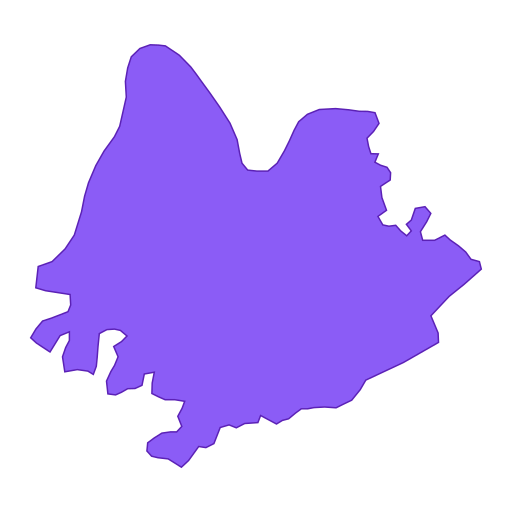 outline of Novo Machado, Rio Grande do Sul, Brazil
{"feature_id": "56859067B53654769142521", "entity_name": "Novo Machado", "entity_type": "district", "adm_level": 2, "iso_a3": "BRA", "parent_name": "Brazil", "parent_adm1": "Rio Grande do Sul", "projection": "albers", "projection_center": [-54.541, -27.542], "detail": "fine", "context": "isolated", "style": "filled", "palette": "violet", "viewbox_px": 512, "rotation_deg": 0, "n_neighbors": 0, "source": "geoboundaries", "source_scale": "gbopen_adm2", "svg_char_len": 2186}
<svg xmlns="http://www.w3.org/2000/svg" viewBox="0 0 512 512"><path d="M375.0,112.7L367.6,111.4L359.3,111.3L348.7,109.8L335.6,108.6L319.3,109.5L307.4,114.3L298.7,121.7L294.1,130.3L289.4,140.8L284.4,150.9L277.2,163.2L267.9,171.1L257.0,171.1L247.7,170.1L242.0,163.2L239.7,153.5L237.1,139.6L230.0,123.2L219.8,107.2L210.1,93.3L201.2,81.1L196.6,74.7L190.9,67.1L179.4,55.3L165.4,45.9L158.4,45.1L150.2,44.8L139.9,48.5L131.3,56.8L127.7,67.9L125.4,81.4L126.3,97.1L122.3,114.8L119.7,126.3L114.4,136.8L104.1,151.0L95.8,165.6L88.5,182.8L84.6,196.2L81.5,211.9L74.3,235.1L65.1,248.9L52.1,261.6L38.2,266.5L35.8,287.8L45.5,290.7L55.9,292.3L70.1,294.5L70.7,305.0L68.0,311.7L51.5,318.1L42.6,321.0L36.0,328.9L30.7,337.8L36.5,343.1L50.0,352.0L60.1,335.6L69.4,331.8L69.4,340.5L65.7,347.5L62.5,356.8L64.8,371.8L77.3,369.6L87.9,371.1L93.3,374.4L96.3,366.3L97.2,357.2L98.0,346.5L99.3,333.6L106.9,329.6L114.5,329.1L120.4,330.4L127.0,336.0L121.5,341.6L113.7,346.5L118.1,356.8L114.5,365.5L110.9,371.5L106.5,381.1L107.9,393.9L115.6,394.9L121.4,392.3L127.7,388.7L135.0,388.5L142.0,385.3L144.3,374.0L154.3,372.2L152.2,383.0L151.9,393.5L158.5,396.8L165.1,399.7L174.8,399.7L184.7,401.3L182.1,408.3L177.8,416.3L181.8,426.4L176.7,431.9L170.5,431.9L161.9,433.1L154.3,437.9L147.7,442.8L146.9,451.0L151.6,456.2L157.9,457.7L168.2,458.9L181.4,467.2L188.6,460.5L198.7,446.5L205.9,447.6L213.9,443.6L220.2,427.5L229.1,424.9L236.3,427.8L244.7,423.5L257.9,422.6L260.6,415.5L276.5,424.0L282.4,420.4L288.6,418.8L295.6,413.0L301.3,408.8L307.6,408.8L313.9,407.6L324.7,407.0L336.1,407.8L342.9,404.4L351.7,400.2L360.2,389.7L365.8,380.1L403.4,362.5L438.5,342.4L438.1,333.0L434.8,325.1L430.9,315.8L449.1,296.4L464.1,284.3L481.3,269.1L479.4,261.6L471.0,259.3L465.7,252.0L458.7,246.0L450.1,239.9L444.9,235.1L434.6,240.3L422.7,240.3L420.4,231.7L426.7,221.7L430.8,213.4L425.0,206.7L415.3,208.4L411.3,220.1L406.4,224.3L411.3,230.9L406.7,235.8L400.7,230.9L395.7,225.3L388.9,226.2L382.8,224.9L377.9,216.4L386.5,210.3L381.9,197.6L380.5,186.4L390.2,180.0L390.6,172.7L387.0,167.3L380.5,165.2L374.9,162.2L378.3,153.9L370.9,153.7L368.6,146.5L367.0,138.2L373.5,131.5L379.0,123.4L375.0,112.7Z" fill="#8b5cf6" stroke="#5b21b6" stroke-width="1.5"/></svg>